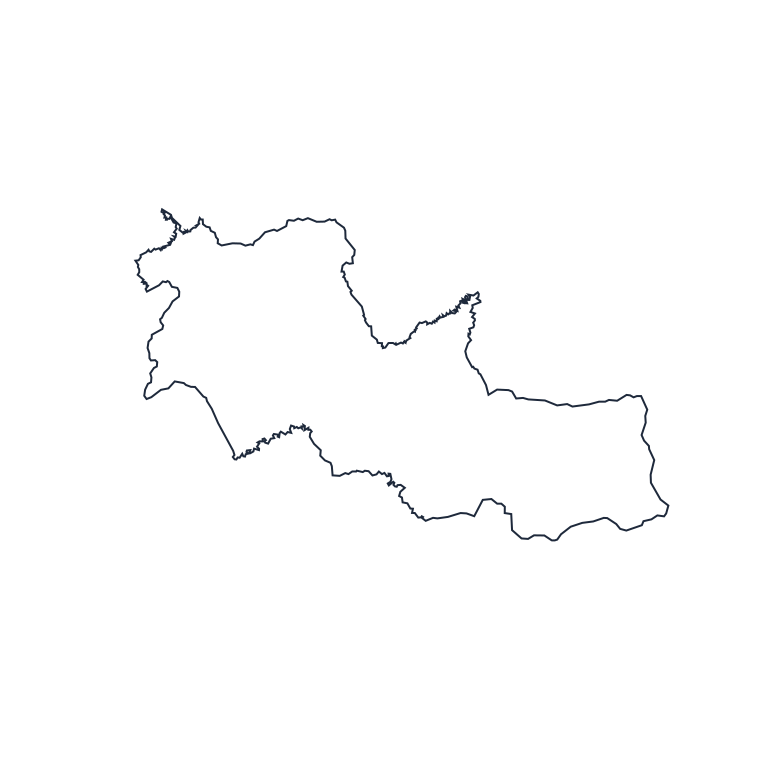 outline of Thoeng, Chiang Rai, Thailand, rotated 54°
{"feature_id": "78962969B30724272776962", "entity_name": "Thoeng", "entity_type": "district", "adm_level": 2, "iso_a3": "THA", "parent_name": "Thailand", "parent_adm1": "Chiang Rai", "projection": "mercator", "projection_center": [100.122, 19.692], "detail": "fine", "context": "isolated", "style": "outline", "palette": "slate", "viewbox_px": 768, "rotation_deg": 54, "n_neighbors": 0, "source": "geoboundaries", "source_scale": "gbopen_adm2", "svg_char_len": 6165}
<svg xmlns="http://www.w3.org/2000/svg" viewBox="0 0 768 768"><g transform="rotate(54 384 384)"><path d="M451.2,447.1L452.7,443.2L451.8,439.6L455.7,438.6L456.2,435.9L460.4,435.9L461.2,434.3L459.2,433.0L460.4,431.7L465.4,433.9L466.9,436.3L466.7,439.4L468.9,439.7L468.5,434.0L470.0,433.7L471.1,435.6L473.3,435.3L474.6,434.1L473.8,432.5L475.4,429.8L480.2,428.2L480.8,434.1L483.5,437.6L486.4,436.2L490.7,438.5L494.3,435.2L500.2,435.9L501.9,433.9L504.8,437.1L506.5,434.9L512.2,434.8L513.7,432.4L513.2,431.2L514.6,430.6L515.0,431.9L519.2,430.7L521.1,423.0L524.1,419.8L529.1,410.4L533.4,397.9L537.2,393.3L544.0,388.7L535.8,372.2L540.2,364.7L547.3,362.8L549.8,359.4L554.3,358.4L559.4,362.2L564.0,357.5L577.5,366.3L589.8,363.5L594.0,358.5L594.6,351.6L600.8,343.3L609.1,340.2L610.9,337.8L611.7,335.3L609.6,329.1L609.2,316.8L612.9,305.2L618.2,295.5L621.5,284.9L623.7,282.2L633.8,278.4L640.0,278.1L645.0,274.1L649.8,258.4L647.5,254.7L650.7,247.2L651.0,240.1L655.7,235.2L654.6,231.8L649.5,225.4L640.0,228.2L620.8,226.1L614.1,221.6L604.4,210.1L592.6,207.8L589.8,206.1L582.7,206.9L576.7,205.6L569.1,195.0L563.4,191.4L559.5,186.1L544.9,183.1L542.4,186.5L541.5,189.9L537.8,191.6L535.4,194.2L534.6,205.2L529.1,211.4L528.3,215.5L524.7,220.4L521.0,230.1L513.0,244.8L507.9,247.6L503.1,256.5L491.9,263.5L481.3,276.3L477.0,279.7L473.4,285.6L465.4,284.8L462.1,286.9L455.0,295.8L454.2,305.8L444.8,302.1L432.8,300.3L431.1,301.1L427.4,299.9L424.7,301.8L422.5,301.7L422.2,302.8L411.1,301.4L405.3,299.0L400.5,292.1L399.7,287.8L395.0,287.8L393.0,286.1L394.3,285.5L393.2,283.9L389.4,282.6L390.7,278.4L389.4,276.5L386.8,275.8L386.0,273.1L384.7,272.3L381.6,273.4L380.4,269.0L376.5,271.7L374.6,267.5L372.2,266.3L374.4,257.8L373.3,257.2L369.3,258.7L369.0,256.4L366.9,254.4L364.9,254.3L365.0,259.6L361.5,263.0L363.6,262.7L366.2,265.5L365.1,266.9L362.4,264.9L360.8,266.0L361.4,267.4L367.6,269.3L366.3,270.7L362.9,269.5L361.3,270.4L365.4,271.8L364.4,272.6L362.3,271.9L361.8,273.8L363.7,274.7L364.2,277.7L366.5,278.2L364.0,280.1L367.9,281.6L365.3,283.1L365.4,284.6L368.0,282.6L368.5,285.3L366.7,287.1L363.8,287.5L366.6,289.4L365.2,289.1L365.4,291.2L363.5,291.7L365.2,293.7L364.6,295.4L362.9,295.9L364.6,296.5L363.3,299.5L361.9,299.3L362.6,300.9L361.7,301.7L362.8,301.4L362.4,302.5L363.3,302.4L362.9,303.3L364.2,304.5L362.5,305.7L364.0,307.0L362.3,307.7L363.3,309.9L361.5,311.0L361.1,314.0L359.7,312.9L357.9,313.4L357.0,317.5L355.2,319.1L357.1,324.8L358.3,324.9L358.2,327.0L359.9,326.8L359.1,327.3L359.9,328.2L359.1,328.6L359.2,332.9L361.2,335.9L362.3,335.7L362.0,340.2L362.9,341.7L362.1,342.0L363.1,342.5L361.6,343.2L362.3,344.9L360.5,345.9L359.5,350.9L358.2,350.6L358.5,351.6L356.1,352.6L353.5,356.3L355.3,361.5L354.3,363.8L353.0,362.7L352.2,363.6L349.8,361.6L347.1,364.9L343.9,363.7L337.7,365.4L329.8,360.5L328.3,362.3L323.6,362.4L321.1,361.9L320.6,360.7L316.5,360.6L316.4,359.5L308.3,356.4L292.5,357.8L289.8,357.0L289.6,355.3L283.6,355.6L279.7,353.5L278.6,354.5L274.9,353.4L273.5,354.1L272.4,351.4L269.4,350.5L268.1,352.3L263.9,347.9L263.5,343.1L266.4,341.3L268.0,338.2L262.7,335.2L262.1,332.2L258.4,328.9L243.7,329.6L237.2,325.2L234.0,324.5L225.3,327.4L222.3,326.9L220.8,330.1L218.7,331.2L217.7,336.6L213.2,343.1L205.1,348.1L203.7,353.5L199.7,356.2L199.0,360.9L195.5,364.6L195.3,366.3L198.8,370.3L197.3,380.6L194.5,382.2L191.3,391.1L193.1,399.5L192.7,405.0L194.6,408.4L192.5,410.0L190.6,414.8L186.1,417.4L181.1,423.9L176.5,433.9L172.4,435.8L169.4,433.3L166.5,433.6L162.2,432.0L158.3,434.1L154.8,433.0L152.3,435.3L148.3,436.5L144.4,434.0L143.4,435.4L141.4,435.5L144.1,439.0L145.7,439.3L145.4,442.4L146.1,441.8L146.7,444.5L145.5,446.3L145.7,450.0L146.7,451.0L145.6,452.8L144.1,452.7L144.7,453.9L143.7,454.3L145.1,454.5L143.7,456.1L144.8,456.3L144.6,457.6L143.7,456.8L143.5,457.8L139.0,459.0L136.5,455.8L125.0,457.9L121.9,456.9L112.3,460.9L113.9,462.8L115.9,461.9L115.2,460.6L116.2,459.8L117.2,462.4L118.9,462.1L120.3,463.8L121.2,462.3L122.9,463.9L123.4,463.1L122.4,462.7L124.2,460.6L123.2,458.6L129.7,459.3L132.1,457.5L134.6,460.3L136.5,460.4L137.8,464.7L140.3,463.8L142.4,466.0L141.1,467.2L142.7,466.9L144.0,469.1L141.4,471.0L143.8,471.6L143.0,475.4L144.8,475.2L144.8,473.8L145.7,475.2L143.4,481.0L145.0,480.7L144.7,482.3L143.4,482.7L144.4,484.3L143.2,484.3L144.4,486.0L141.9,486.3L141.0,489.8L139.5,490.3L140.2,494.8L138.8,495.9L137.0,495.6L137.7,499.0L136.6,505.2L138.5,506.3L139.7,509.8L138.1,512.6L143.3,512.8L144.6,514.3L147.3,514.6L149.7,516.3L150.9,519.1L158.3,517.2L159.3,519.7L160.2,518.4L161.7,519.5L162.3,518.5L161.4,517.2L162.9,516.8L165.4,518.6L164.9,517.4L165.9,517.1L167.0,521.0L169.9,521.5L171.9,507.9L171.0,502.7L173.5,500.5L173.4,498.7L175.3,497.8L180.7,498.5L184.8,494.7L189.0,495.4L192.7,498.4L192.9,506.5L196.1,513.3L197.2,519.9L199.9,524.8L200.0,527.1L202.8,528.4L206.8,528.2L209.2,531.0L207.7,542.9L210.6,545.2L211.3,549.6L215.9,554.1L221.1,555.7L225.3,558.6L228.0,558.7L230.2,555.1L233.0,554.6L236.3,557.5L235.8,560.7L238.0,566.9L242.0,568.3L245.7,571.5L245.1,574.9L248.2,580.6L252.6,584.9L256.6,584.9L257.9,580.0L257.6,567.9L260.8,561.0L258.9,551.8L265.6,545.4L268.4,544.8L272.9,541.8L275.3,538.6L288.0,537.5L290.7,536.0L293.8,537.3L302.8,537.9L318.1,541.2L349.4,545.3L353.5,546.7L354.2,549.2L357.1,549.1L358.3,547.8L357.4,545.6L358.8,544.1L357.1,539.7L359.8,540.3L361.0,539.1L359.5,537.1L360.6,534.6L358.1,535.2L357.2,534.0L358.9,531.0L360.3,533.2L361.4,532.8L361.8,529.3L359.9,527.1L364.0,524.0L362.9,523.1L360.1,523.6L358.7,519.8L357.0,520.6L357.2,518.4L359.2,515.8L357.2,514.6L357.8,512.8L360.0,512.6L360.0,514.2L361.6,514.6L364.1,512.8L361.7,507.8L363.3,504.6L360.3,504.1L359.7,502.5L363.0,499.2L364.1,500.9L365.4,500.1L362.4,497.3L361.9,495.5L366.9,493.4L366.2,490.2L369.0,487.8L365.1,486.7L363.0,483.6L365.5,481.8L367.0,482.6L367.5,479.8L369.4,479.4L370.1,476.9L371.7,476.6L369.9,475.6L371.4,473.9L369.9,473.3L371.5,472.7L374.6,475.5L375.0,470.9L376.6,472.1L377.7,470.5L379.9,470.4L380.4,472.6L383.1,475.1L391.3,475.8L400.4,474.1L404.5,477.7L411.1,476.7L416.3,473.6L419.8,474.5L427.7,479.3L432.3,473.8L433.3,467.7L436.0,465.7L436.1,461.1L438.4,458.0L438.1,457.0L442.8,452.9L442.9,450.5L445.5,447.7L451.2,447.1Z" fill="none" stroke="#1e293b" stroke-width="2"/></g></svg>